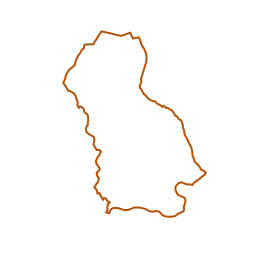 the district of Douradina, Paraná, Brazil, rotated 157°
{"feature_id": "56859067B11671059089734", "entity_name": "Douradina", "entity_type": "district", "adm_level": 2, "iso_a3": "BRA", "parent_name": "Brazil", "parent_adm1": "Paraná", "projection": "mercator", "projection_center": [-53.283, -23.351], "detail": "fine", "context": "isolated", "style": "outline", "palette": "amber", "viewbox_px": 256, "rotation_deg": 157, "n_neighbors": 0, "source": "geoboundaries", "source_scale": "gbopen_adm2", "svg_char_len": 2266}
<svg xmlns="http://www.w3.org/2000/svg" viewBox="0 0 256 256"><g transform="rotate(157 128 128)"><path d="M178.6,56.9L176.8,58.8L175.1,59.9L172.9,60.1L169.7,59.0L167.9,57.7L163.9,54.2L162.0,53.3L159.4,52.5L153.1,52.2L150.3,51.1L147.6,49.7L143.6,46.6L141.1,43.5L138.8,41.7L135.8,40.8L133.8,40.3L132.0,38.7L130.2,34.2L128.6,32.4L127.1,31.4L123.8,29.8L120.7,28.8L118.7,28.6L115.7,29.4L110.5,29.6L108.5,30.2L107.4,33.7L104.4,37.2L103.2,39.1L103.2,41.7L108.0,46.8L108.6,50.0L108.4,52.9L107.5,54.8L106.2,56.0L103.1,57.5L100.2,57.2L95.8,53.1L92.8,51.8L91.3,50.4L87.8,52.1L81.5,53.4L78.6,54.4L76.0,54.9L73.9,56.4L75.0,59.0L77.1,61.6L77.1,63.8L77.8,66.3L78.9,68.9L79.8,70.9L79.3,77.7L78.4,80.3L77.7,82.8L77.4,85.3L77.4,87.9L77.8,90.2L77.8,92.8L77.9,95.8L78.5,100.2L77.5,102.8L77.2,107.2L76.4,109.3L76.2,111.3L76.1,114.4L77.5,115.8L78.1,117.6L78.3,119.7L79.8,121.0L80.0,123.7L80.4,126.6L82.0,128.5L83.3,130.6L85.2,131.8L86.3,134.3L88.0,133.9L89.2,136.2L91.6,139.1L92.8,141.9L95.0,143.3L96.5,145.0L98.3,147.9L98.7,150.0L99.9,152.5L100.6,155.8L100.5,157.8L101.4,160.7L99.8,163.3L97.4,165.5L97.1,167.8L85.5,181.6L84.5,183.2L83.3,185.7L82.7,187.9L82.1,192.5L82.4,195.4L83.0,198.7L82.5,205.0L82.6,207.2L88.5,208.5L88.8,214.9L98.4,215.4L108.1,222.7L110.1,224.0L114.8,227.4L127.3,218.6L133.6,221.2L135.4,221.6L137.5,218.6L140.0,218.0L141.6,216.6L143.2,215.4L145.6,214.0L149.6,210.5L151.4,208.4L152.4,206.6L155.2,205.8L157.1,205.2L159.7,204.5L161.1,203.4L164.6,200.9L166.1,198.4L168.4,196.2L169.8,195.1L169.7,192.7L168.9,190.4L168.6,186.1L165.9,183.3L164.0,180.3L163.8,176.6L164.1,174.1L164.1,171.7L165.8,168.4L165.3,165.7L163.6,166.6L162.4,165.2L161.4,163.2L161.8,159.4L160.0,155.7L160.8,152.9L161.6,150.5L163.0,148.5L163.9,146.4L166.0,145.2L167.3,143.0L167.7,140.3L166.5,137.8L164.8,135.6L163.0,133.2L163.5,130.2L164.8,128.3L166.2,126.2L165.9,122.9L165.5,120.1L163.2,119.2L162.1,117.2L164.1,115.1L166.3,113.5L167.8,112.6L170.5,110.1L171.0,107.4L170.7,105.6L170.1,103.3L170.0,101.2L172.1,99.7L174.3,99.2L175.0,96.0L174.5,92.6L176.7,90.2L178.9,88.9L180.3,87.9L182.1,86.6L181.0,83.0L181.7,79.6L179.7,79.2L179.6,76.3L179.0,71.8L177.3,73.0L175.7,71.2L175.5,68.7L173.9,66.7L176.0,66.1L177.7,63.7L178.9,60.4L181.0,58.8L178.6,56.9Z" fill="none" stroke="#b45309" stroke-width="2"/></g></svg>